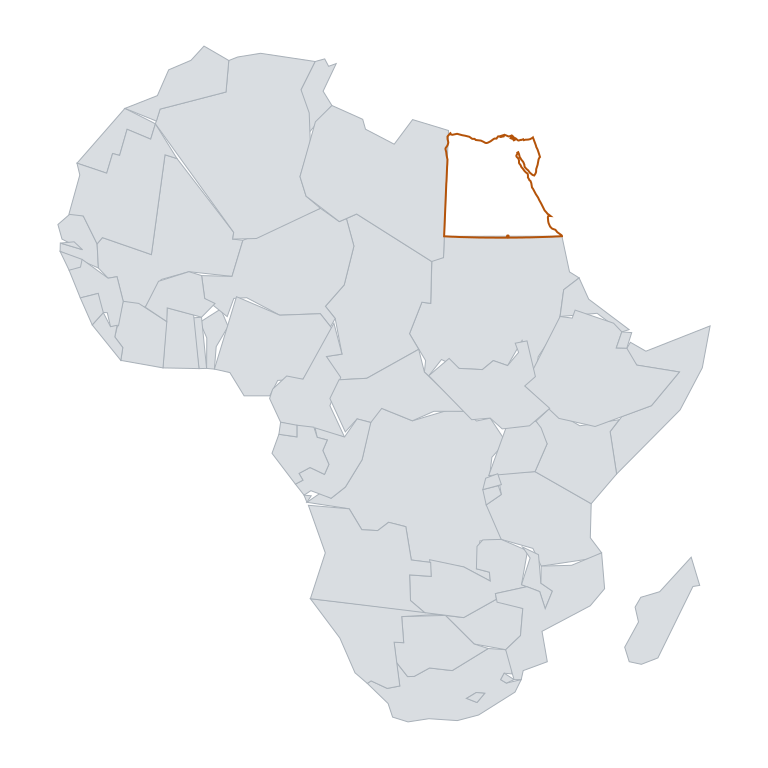 where Egypt sits in Africa
{"feature_id": "EGY", "entity_name": "Egypt", "entity_type": "country or territory", "adm_level": 0, "iso_a3": "EGY", "parent_name": "Africa", "parent_adm1": "", "projection": "orthographic", "projection_center": [30.805, 26.825], "detail": "fine", "context": "in_parent", "style": "outline", "palette": "amber", "viewbox_px": 768, "rotation_deg": 0, "n_neighbors": 49, "source": "natural_earth", "source_scale": "50m", "svg_char_len": 13142}
<svg xmlns="http://www.w3.org/2000/svg" viewBox="0 0 768 768"><path d="M535.0,471.6L591.2,503.7L590.3,537.8L601.6,552.8L593.2,558.3L541.2,566.1L532.9,548.4L501.2,539.4L489.3,523.3L486.2,504.9L501.3,494.5L497.7,473.7L535.0,471.6Z" fill="#d9dde1" stroke="#a8b0b8" stroke-width="1"/><path d="M155.4,123.8L150.7,139.2L127.1,129.3L119.6,155.4L112.6,153.5L106.7,173.2L77.0,163.2L124.9,108.4L155.4,123.8Z" fill="#d9dde1" stroke="#a8b0b8" stroke-width="1"/><path d="M486.2,504.9L501.2,539.4L479.9,540.9L476.4,568.8L489.4,572.2L490.3,581.1L463.7,566.9L411.3,560.0L405.8,526.7L388.6,522.3L377.7,530.6L361.8,529.7L349.2,508.8L306.9,502.3L320.9,492.7L331.1,498.3L345.4,487.0L362.1,459.7L371.9,415.8L381.7,408.4L412.4,420.8L447.0,410.5L465.3,411.3L476.5,421.0L490.2,418.1L505.8,441.7L491.9,457.2L486.2,504.9Z" fill="#d9dde1" stroke="#a8b0b8" stroke-width="1"/><path d="M616.6,474.0L610.1,431.6L622.0,416.4L651.4,405.7L679.4,372.0L636.8,365.1L624.7,352.0L630.4,342.3L645.9,351.2L710.1,325.9L702.3,367.8L680.1,409.9L616.6,474.0Z" fill="#d9dde1" stroke="#a8b0b8" stroke-width="1"/><path d="M591.2,503.7L535.0,471.6L547.1,443.8L536.0,421.2L549.7,408.3L579.8,425.8L619.2,419.7L610.1,431.6L616.6,474.0L591.2,503.7Z" fill="#d9dde1" stroke="#a8b0b8" stroke-width="1"/><path d="M435.9,380.1L427.9,375.2L424.4,372.1L425.6,360.5L409.5,333.7L421.9,302.2L430.7,303.4L432.0,257.0L443.5,257.6L444.3,236.3L561.9,236.2L569.5,271.9L579.1,277.9L563.7,289.7L558.7,325.6L538.2,356.7L535.4,376.6L522.1,340.3L507.6,365.6L493.3,360.6L482.4,369.6L459.1,368.4L441.5,359.5L428.8,375.7L435.9,380.1Z" fill="#d9dde1" stroke="#a8b0b8" stroke-width="1"/><path d="M431.7,261.5L430.7,303.4L421.9,302.2L409.5,333.7L418.7,349.3L366.8,378.3L339.0,379.8L326.4,356.5L342.0,354.1L335.2,318.5L325.4,306.3L344.2,284.9L353.9,246.1L346.4,218.6L356.6,214.0L431.7,261.5Z" fill="#d9dde1" stroke="#a8b0b8" stroke-width="1"/><path d="M367.3,683.4L371.1,680.9L387.2,688.4L399.8,686.0L396.4,662.3L407.6,676.6L414.2,676.4L429.5,668.0L452.2,670.6L488.2,648.5L505.7,649.7L512.8,664.2L511.8,673.9L504.2,673.2L500.7,679.7L506.4,683.1L521.2,679.6L515.0,692.1L478.6,715.0L457.3,720.6L428.9,718.7L408.0,721.9L392.6,717.1L388.1,703.5L367.3,683.4ZM484.7,693.3L476.3,692.5L466.5,698.4L477.0,702.5L484.7,693.3Z" fill="#d9dde1" stroke="#a8b0b8" stroke-width="1"/><path d="M484.7,693.3L477.0,702.5L466.5,698.4L476.3,692.5L484.7,693.3Z" fill="#d9dde1" stroke="#a8b0b8" stroke-width="1"/><path d="M505.7,649.7L474.1,644.0L445.4,615.4L463.6,617.6L496.4,599.2L522.8,608.5L520.5,635.6L505.7,649.7Z" fill="#d9dde1" stroke="#a8b0b8" stroke-width="1"/><path d="M488.2,648.5L452.2,670.6L429.5,668.0L414.2,676.4L407.6,676.6L396.4,662.3L394.1,642.2L403.7,642.7L401.7,616.6L445.4,615.4L474.1,644.0L488.2,648.5Z" fill="#d9dde1" stroke="#a8b0b8" stroke-width="1"/><path d="M394.1,642.2L399.8,686.0L387.2,688.4L371.1,680.9L367.3,683.4L355.0,672.8L339.9,638.1L310.4,598.7L443.5,614.1L401.7,616.6L403.7,642.7L394.1,642.2Z" fill="#d9dde1" stroke="#a8b0b8" stroke-width="1"/><path d="M62.0,239.1L57.9,224.5L72.0,212.3L83.3,216.0L97.1,243.9L98.4,268.0L60.1,251.4L60.3,243.1L82.5,249.7L62.0,239.1Z" fill="#d9dde1" stroke="#a8b0b8" stroke-width="1"/><path d="M98.4,268.0L97.1,243.9L102.4,237.6L151.4,254.6L165.0,154.8L177.0,158.6L233.7,232.4L232.7,239.1L242.9,240.3L232.0,276.4L188.9,271.7L161.2,279.5L145.3,307.2L123.2,301.3L117.0,276.7L108.1,278.2L98.4,268.0Z" fill="#d9dde1" stroke="#a8b0b8" stroke-width="1"/><path d="M77.0,163.2L106.7,173.2L112.6,153.5L119.6,155.4L127.1,129.3L150.7,139.2L155.4,123.8L177.0,158.6L165.0,154.8L151.4,254.6L102.4,237.6L97.1,243.9L83.3,216.0L68.9,214.3L79.8,175.0L77.0,163.2Z" fill="#d9dde1" stroke="#a8b0b8" stroke-width="1"/><path d="M214.4,369.1L206.6,368.4L206.8,337.9L199.9,322.2L220.7,309.0L228.1,326.4L216.2,346.6L214.4,369.1Z" fill="#d9dde1" stroke="#a8b0b8" stroke-width="1"/><path d="M346.4,218.6L353.9,246.1L344.2,284.9L325.4,306.3L335.2,318.5L330.5,326.7L320.3,313.7L279.8,315.2L246.7,297.7L233.8,298.4L227.2,316.6L204.7,298.5L201.6,275.6L232.0,276.4L242.9,240.3L320.4,208.3L339.3,221.6L346.4,218.6Z" fill="#d9dde1" stroke="#a8b0b8" stroke-width="1"/><path d="M214.4,369.1L236.5,296.7L279.8,315.2L320.3,313.7L334.2,331.3L303.0,379.2L277.7,380.4L269.8,395.8L244.1,395.8L229.9,372.6L214.4,369.1Z" fill="#d9dde1" stroke="#a8b0b8" stroke-width="1"/><path d="M333.9,323.2L342.0,354.1L326.4,356.5L340.7,377.3L329.9,405.7L344.5,437.0L280.6,422.2L269.6,398.5L272.6,389.2L286.7,376.0L303.0,379.2L333.9,323.2Z" fill="#d9dde1" stroke="#a8b0b8" stroke-width="1"/><path d="M201.5,317.2L206.6,368.4L199.0,368.6L192.6,317.9L201.5,317.2Z" fill="#d9dde1" stroke="#a8b0b8" stroke-width="1"/><path d="M193.6,314.9L199.0,368.6L163.0,367.9L167.2,307.9L193.6,314.9Z" fill="#d9dde1" stroke="#a8b0b8" stroke-width="1"/><path d="M123.2,301.3L138.7,303.4L166.8,321.6L163.0,367.9L120.8,360.4L122.8,347.6L114.8,336.9L123.2,301.3Z" fill="#d9dde1" stroke="#a8b0b8" stroke-width="1"/><path d="M82.1,259.4L108.1,278.2L117.0,276.7L123.2,301.3L118.5,325.8L110.5,326.7L107.3,312.7L101.1,312.3L98.2,293.4L80.3,297.9L69.1,270.2L82.1,259.4Z" fill="#d9dde1" stroke="#a8b0b8" stroke-width="1"/><path d="M60.1,251.4L82.1,259.4L80.5,267.1L69.1,270.2L60.1,251.4Z" fill="#d9dde1" stroke="#a8b0b8" stroke-width="1"/><path d="M117.1,325.3L114.8,336.9L122.8,347.6L120.8,360.4L92.2,324.9L103.3,312.6L110.5,326.7L117.1,325.3Z" fill="#d9dde1" stroke="#a8b0b8" stroke-width="1"/><path d="M80.3,297.9L98.2,293.4L103.3,312.6L92.2,324.9L80.3,297.9Z" fill="#d9dde1" stroke="#a8b0b8" stroke-width="1"/><path d="M145.3,307.2L158.5,281.3L188.9,271.7L201.6,275.6L204.7,298.5L215.0,303.5L201.5,317.2L167.2,307.9L166.8,321.6L145.3,307.2Z" fill="#d9dde1" stroke="#a8b0b8" stroke-width="1"/><path d="M465.3,411.3L433.8,411.3L412.4,420.8L381.7,408.4L370.8,422.5L357.1,418.9L345.3,431.9L329.9,398.5L339.0,379.8L366.8,378.3L418.7,349.3L424.4,372.1L465.3,411.3Z" fill="#d9dde1" stroke="#a8b0b8" stroke-width="1"/><path d="M370.8,422.5L362.1,459.7L345.4,487.0L331.1,498.3L310.9,490.7L304.0,495.1L295.4,484.1L302.9,480.2L299.0,473.4L310.0,467.5L324.5,474.4L328.9,464.4L322.8,450.5L327.3,440.0L317.2,437.4L315.1,427.9L344.5,437.0L357.1,418.9L370.8,422.5Z" fill="#d9dde1" stroke="#a8b0b8" stroke-width="1"/><path d="M296.9,425.2L313.9,427.2L317.2,437.4L327.3,440.0L322.8,450.5L328.9,464.4L324.5,474.4L310.0,467.5L299.0,473.4L302.9,480.2L295.4,484.1L272.0,453.3L278.9,434.3L296.9,436.9L296.9,425.2Z" fill="#d9dde1" stroke="#a8b0b8" stroke-width="1"/><path d="M280.6,422.2L296.9,425.2L296.9,436.9L278.9,434.3L280.6,422.2Z" fill="#d9dde1" stroke="#a8b0b8" stroke-width="1"/><path d="M501.2,539.4L527.5,550.8L521.5,584.7L526.9,586.7L495.4,593.6L496.4,599.2L463.6,617.6L424.6,612.6L410.5,600.6L409.6,574.9L431.2,576.4L429.6,559.7L463.7,566.9L490.3,581.1L489.4,572.2L476.4,568.8L477.0,546.4L482.8,539.9L501.2,539.4Z" fill="#d9dde1" stroke="#a8b0b8" stroke-width="1"/><path d="M522.5,547.0L538.5,554.7L540.9,583.2L552.4,591.1L545.2,608.7L539.7,591.6L521.5,584.7L530.1,558.0L522.5,547.0Z" fill="#d9dde1" stroke="#a8b0b8" stroke-width="1"/><path d="M541.2,566.1L571.6,565.3L601.6,552.8L604.6,588.7L590.2,605.8L542.0,631.3L547.3,661.7L523.2,670.6L521.2,679.6L514.0,679.6L505.7,649.7L520.5,635.6L522.8,608.5L497.1,602.2L495.4,593.6L526.9,586.7L539.7,591.6L545.2,608.7L552.4,591.1L540.9,583.2L541.2,566.1Z" fill="#d9dde1" stroke="#a8b0b8" stroke-width="1"/><path d="M514.0,679.6L506.4,683.1L500.7,679.7L504.2,673.2L514.0,679.6Z" fill="#d9dde1" stroke="#a8b0b8" stroke-width="1"/><path d="M304.0,495.1L311.2,495.8L306.9,502.3L304.0,495.1ZM308.4,505.3L349.2,508.8L361.8,529.7L377.7,530.6L388.6,522.3L405.8,526.7L411.3,560.0L430.7,562.4L431.2,576.4L409.6,574.9L410.5,600.6L424.6,612.6L310.4,598.7L325.3,552.9L308.4,505.3Z" fill="#d9dde1" stroke="#a8b0b8" stroke-width="1"/><path d="M498.3,485.7L501.3,494.5L486.2,504.9L482.8,489.6L498.3,485.7Z" fill="#d9dde1" stroke="#a8b0b8" stroke-width="1"/><path d="M691.2,557.2L699.7,585.4L692.9,586.5L657.9,657.9L641.4,664.3L629.2,661.7L624.7,647.2L638.5,622.0L635.1,607.1L640.8,597.3L659.7,591.7L691.2,557.2Z" fill="#d9dde1" stroke="#a8b0b8" stroke-width="1"/><path d="M60.3,243.1L74.1,241.8L82.5,249.7L60.3,243.1Z" fill="#d9dde1" stroke="#a8b0b8" stroke-width="1"/><path d="M309.2,132.4L301.0,89.7L315.1,61.5L324.7,58.9L328.6,66.3L336.2,63.6L323.1,91.2L331.9,105.5L309.2,132.4Z" fill="#d9dde1" stroke="#a8b0b8" stroke-width="1"/><path d="M155.4,123.8L160.1,109.1L226.0,92.0L228.8,60.5L237.7,57.0L260.5,53.3L315.1,61.5L301.0,89.7L309.2,112.9L310.3,142.2L300.0,176.6L306.1,196.2L320.4,208.3L256.4,238.5L232.7,239.1L233.7,232.4L155.4,123.8Z" fill="#d9dde1" stroke="#a8b0b8" stroke-width="1"/><path d="M560.1,316.5L563.7,289.7L579.1,277.9L588.7,299.2L629.1,329.6L621.8,331.9L597.1,313.3L560.1,316.5Z" fill="#d9dde1" stroke="#a8b0b8" stroke-width="1"/><path d="M124.9,108.4L157.4,95.6L168.7,69.8L191.0,60.3L204.0,46.1L228.8,60.5L226.0,92.0L160.1,109.1L156.4,121.1L124.9,108.4Z" fill="#d9dde1" stroke="#a8b0b8" stroke-width="1"/><path d="M448.5,130.5L443.5,257.6L431.7,261.5L356.6,214.0L339.3,221.6L306.1,196.2L300.0,176.6L315.4,121.8L331.9,105.5L362.7,119.3L365.5,129.2L394.2,144.2L412.6,119.6L448.5,130.5Z" fill="#d9dde1" stroke="#a8b0b8" stroke-width="1"/><path d="M679.4,372.0L651.4,405.7L595.1,426.5L558.9,418.4L524.7,386.0L560.1,316.5L572.2,318.1L575.1,310.1L613.6,323.2L621.8,331.9L616.3,347.9L626.8,348.2L636.8,365.1L679.4,372.0Z" fill="#d9dde1" stroke="#a8b0b8" stroke-width="1"/><path d="M621.8,331.9L631.7,332.6L626.8,348.2L616.3,347.9L621.8,331.9Z" fill="#d9dde1" stroke="#a8b0b8" stroke-width="1"/><path d="M535.0,471.6L488.7,475.6L506.6,426.2L536.0,421.2L541.1,427.9L547.1,443.8L535.0,471.6Z" fill="#d9dde1" stroke="#a8b0b8" stroke-width="1"/><path d="M497.7,473.7L501.4,484.6L482.8,489.6L485.7,478.2L497.7,473.7Z" fill="#d9dde1" stroke="#a8b0b8" stroke-width="1"/><path d="M502.2,428.9L490.2,418.1L471.7,419.7L428.8,375.7L449.1,358.4L459.1,368.4L482.4,369.6L493.3,360.6L507.6,365.6L518.6,352.4L515.2,343.2L527.0,340.9L535.4,376.6L524.7,386.0L549.7,408.3L529.5,425.8L502.2,428.9Z" fill="#d9dde1" stroke="#a8b0b8" stroke-width="1"/><path d="M562.0,236.2L558.7,236.4L555.5,236.5L552.3,236.7L549.0,236.8L545.8,236.9L542.5,237.0L539.3,237.1L536.0,237.2L532.8,237.3L529.5,237.4L526.3,237.4L523.0,237.5L519.7,237.5L516.5,237.6L513.2,237.6L510.0,237.6L508.1,237.7L508.4,236.7L508.6,236.0L508.4,235.6L507.8,235.5L507.3,235.6L506.4,237.6L505.9,237.7L504.7,237.7L500.9,237.7L497.1,237.7L493.3,237.6L489.5,237.6L485.8,237.6L482.0,237.5L478.2,237.5L474.4,237.4L470.6,237.3L466.8,237.2L463.0,237.1L459.2,237.0L455.5,236.8L451.7,236.7L447.9,236.5L444.1,236.3L444.2,233.9L444.3,231.6L444.4,229.2L444.5,226.8L444.6,224.4L444.7,222.0L444.8,219.6L444.9,217.2L445.0,214.8L445.1,212.4L445.2,210.0L445.3,207.6L445.4,205.2L445.5,202.8L445.6,200.4L445.7,198.0L445.8,195.6L445.9,193.2L446.0,190.8L446.1,188.3L446.2,185.9L446.3,183.5L446.5,181.1L446.6,178.7L446.7,176.3L446.8,173.9L446.9,171.5L447.0,169.1L447.1,166.7L447.3,164.3L447.4,161.9L447.5,159.5L447.4,159.1L447.0,157.4L446.6,155.3L446.3,152.8L446.2,151.9L445.5,149.3L445.5,148.5L445.7,148.0L447.2,145.9L447.7,144.8L448.1,143.5L448.3,142.5L448.0,140.9L447.6,139.4L447.5,137.9L447.5,136.5L448.3,135.5L449.2,134.6L449.5,134.1L450.0,133.5L450.4,133.2L451.0,134.5L452.4,134.8L457.1,133.8L462.2,135.2L465.0,135.7L469.4,136.8L472.0,138.7L472.7,138.9L474.6,138.9L475.8,140.0L480.9,140.6L483.5,141.8L485.0,142.7L485.9,143.0L486.7,143.0L487.8,142.7L489.2,142.0L490.7,141.2L493.8,138.9L494.9,138.5L495.7,138.6L496.5,138.6L496.9,137.9L497.4,137.5L497.6,137.0L498.1,136.4L499.7,136.3L502.9,135.3L502.6,135.8L499.6,136.9L500.9,137.0L502.2,136.6L503.7,136.4L503.9,135.9L504.1,135.0L504.4,134.9L505.4,135.1L508.4,136.4L509.2,136.4L511.3,135.7L511.8,135.5L512.4,135.9L514.0,137.6L513.5,137.6L511.8,136.1L511.6,136.9L510.7,138.2L511.9,138.7L512.9,138.9L513.4,139.6L513.8,140.3L514.7,140.0L515.4,139.1L515.0,138.6L514.8,138.1L515.1,138.1L515.8,138.5L517.7,140.2L518.4,140.5L519.1,140.4L520.6,139.9L521.1,140.0L523.2,139.3L523.4,139.8L523.8,140.2L525.4,139.7L528.1,139.6L530.2,139.1L532.7,137.7L532.9,137.5L533.0,137.8L533.4,138.7L534.2,140.9L534.9,142.7L535.8,145.2L536.1,146.1L536.2,146.8L537.5,149.4L538.3,151.7L538.9,153.5L539.7,156.1L540.0,157.0L539.5,157.5L538.6,159.3L537.6,164.8L536.2,169.1L536.1,171.8L535.8,172.8L535.1,174.2L534.2,175.5L532.5,174.9L529.8,172.6L528.2,170.4L526.5,169.0L524.8,167.1L524.4,165.8L524.4,164.9L523.6,162.8L523.1,161.8L521.2,159.5L520.6,158.3L520.2,157.8L519.7,157.0L519.0,154.1L518.2,152.2L517.3,152.7L517.5,153.5L516.8,154.6L516.3,155.9L516.7,156.9L518.3,158.5L518.6,159.2L519.0,160.6L519.0,162.7L519.2,163.4L520.4,164.9L520.9,165.8L521.1,166.5L521.5,167.2L522.7,168.5L524.5,171.0L526.1,172.6L527.3,173.4L527.8,174.2L528.0,176.3L527.9,177.4L529.0,179.2L529.4,180.2L530.4,180.9L530.8,181.8L531.3,183.2L532.0,187.5L532.9,188.6L535.8,194.1L538.1,197.6L539.3,200.2L541.1,203.4L544.6,210.4L546.6,212.6L547.5,213.8L548.9,214.7L550.5,216.0L549.1,215.9L548.7,216.0L548.2,216.2L547.9,217.1L547.9,217.8L548.2,221.4L548.6,223.2L550.1,226.6L551.1,227.6L551.6,228.2L552.3,228.7L555.4,229.8L557.3,232.2L561.5,235.2L562.0,236.0L562.0,236.2Z" fill="none" stroke="#b45309" stroke-width="2"/></svg>